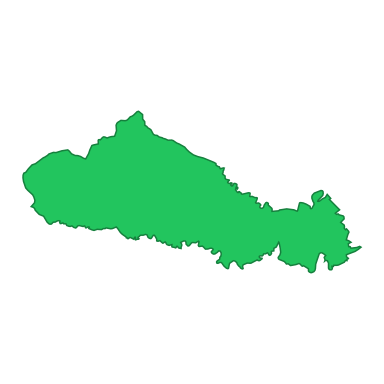 Phuc Yen, Vĩnh Phúc, Vietnam, rotated 270°
{"feature_id": "81297802B88984924666070", "entity_name": "Phuc Yen", "entity_type": "district", "adm_level": 2, "iso_a3": "VNM", "parent_name": "Vietnam", "parent_adm1": "Vĩnh Phúc", "projection": "robinson", "projection_center": [105.724, 21.314], "detail": "fine", "context": "isolated", "style": "filled", "palette": "green", "viewbox_px": 384, "rotation_deg": 270, "n_neighbors": 0, "source": "geoboundaries", "source_scale": "gbopen_adm2", "svg_char_len": 6079}
<svg xmlns="http://www.w3.org/2000/svg" viewBox="0 0 384 384"><g transform="rotate(270 192 192)"><path d="M123.0,324.8L123.6,325.5L123.3,327.3L120.9,328.5L115.9,328.5L114.9,328.9L114.2,329.9L114.2,331.3L114.5,331.9L115.6,332.3L117.7,332.0L117.5,333.4L118.7,333.7L118.7,336.9L119.0,338.5L121.8,344.3L123.5,345.5L123.4,347.0L124.7,346.8L125.2,348.1L125.6,348.4L127.2,346.5L129.3,346.4L132.6,355.1L134.8,358.5L136.8,361.0L137.6,359.7L136.5,356.8L135.8,351.0L137.3,350.2L137.4,348.7L140.3,348.3L141.7,351.0L143.1,349.0L144.2,346.3L149.6,347.9L151.7,348.9L152.6,348.7L155.1,346.5L154.3,345.5L155.9,344.2L157.1,344.5L158.9,344.2L161.6,340.7L165.1,344.1L167.2,343.9L168.1,343.1L169.2,339.0L170.1,338.1L169.6,336.6L170.8,335.3L174.2,339.6L184.5,329.4L185.6,330.7L189.6,327.2L186.5,325.3L185.2,322.5L182.8,319.4L182.6,318.2L182.7,317.8L183.7,318.1L188.5,322.7L190.4,323.2L192.5,323.0L193.2,322.4L193.5,321.0L190.9,314.3L188.7,312.3L187.4,311.9L185.8,311.9L182.6,313.0L181.2,313.9L179.4,314.0L175.7,311.9L175.4,311.4L175.4,310.6L175.8,310.3L177.6,310.1L179.8,306.3L181.0,303.3L181.4,300.8L181.3,299.9L180.9,299.5L173.3,297.6L172.8,297.1L174.2,293.8L175.1,286.7L174.0,279.5L173.2,278.7L172.6,272.0L175.0,272.1L175.7,271.8L178.7,268.5L179.1,268.2L180.7,268.3L181.6,266.8L181.2,265.8L178.9,264.2L176.6,263.5L175.7,262.2L175.8,260.9L176.2,260.2L176.8,259.8L177.8,259.9L179.0,260.8L179.8,260.3L181.0,258.7L180.8,256.3L181.3,255.6L185.2,257.2L186.1,257.2L186.4,256.5L186.4,254.9L187.6,252.2L187.4,250.1L187.6,249.7L190.4,250.1L190.8,250.1L191.1,249.6L191.2,248.3L189.8,242.4L190.0,241.5L190.8,241.4L191.5,240.1L192.3,239.6L192.3,238.8L191.5,238.2L191.6,237.5L194.2,235.5L195.6,236.0L194.9,237.2L196.0,237.9L196.7,237.6L196.7,237.3L196.3,236.8L196.3,236.0L198.2,236.8L199.6,236.9L200.4,235.7L200.6,234.2L199.6,233.1L198.3,232.8L198.0,231.9L198.5,231.0L199.3,230.8L200.4,231.9L200.9,231.9L201.2,231.0L200.5,229.3L201.4,227.7L202.0,227.7L203.7,229.3L204.0,229.2L204.6,226.1L205.7,225.1L208.0,225.1L209.7,222.8L210.3,222.5L211.1,223.0L213.2,223.2L214.2,223.9L215.1,223.8L215.9,224.2L216.1,223.5L215.3,220.3L217.2,219.3L217.6,217.8L218.8,216.1L220.5,215.9L221.7,213.8L226.0,203.3L227.4,197.8L229.1,193.4L232.0,189.3L234.5,186.7L236.9,184.7L240.0,179.2L241.0,176.7L243.4,173.2L243.9,171.7L243.8,168.0L245.0,165.5L245.7,163.0L246.3,162.1L247.0,159.2L248.6,157.1L248.8,155.0L249.4,153.8L250.1,153.1L254.1,151.0L255.3,149.5L255.9,148.2L257.7,146.6L258.6,144.9L262.4,144.7L264.8,142.7L269.4,142.6L272.7,138.6L272.3,137.1L268.8,133.5L267.8,132.0L267.2,130.3L264.4,127.7L263.6,126.5L263.3,125.1L263.6,120.9L261.5,117.6L260.7,116.9L258.8,116.1L253.2,116.5L247.7,114.6L247.4,111.4L246.9,109.4L246.0,107.1L247.0,104.8L247.1,103.5L246.5,102.5L244.2,100.4L244.4,99.1L244.2,98.5L243.7,98.2L240.1,98.3L239.0,93.3L238.5,91.9L233.9,89.8L230.3,88.6L225.1,85.7L225.7,83.6L227.5,80.6L228.4,77.8L228.5,75.1L230.2,71.5L232.8,69.4L234.1,67.8L233.2,61.9L231.4,56.0L231.6,53.4L230.0,48.9L228.6,47.5L226.7,44.5L226.3,43.4L220.3,35.5L219.1,32.0L215.2,28.4L211.7,25.8L210.8,23.8L208.8,23.1L206.2,23.0L202.7,23.5L196.1,25.7L193.8,27.7L189.2,32.7L186.9,33.9L183.7,34.9L181.2,34.5L177.4,31.2L176.6,33.5L175.3,34.7L173.8,35.2L169.6,39.2L167.8,43.6L161.9,47.1L160.2,48.9L159.8,50.0L160.0,51.5L161.8,53.2L161.9,55.2L163.2,57.6L163.3,59.2L162.9,60.0L161.6,59.7L160.5,60.2L160.4,60.9L161.1,62.9L160.2,63.7L160.2,65.9L158.5,66.8L157.7,69.0L157.6,70.4L158.1,71.9L156.6,73.8L156.0,75.7L156.6,76.6L157.9,77.5L158.3,78.4L158.4,79.5L157.5,83.1L158.1,84.4L157.8,84.9L156.2,85.6L156.2,86.4L156.9,87.6L157.0,89.0L156.8,89.3L155.5,88.8L154.2,91.8L153.6,94.0L154.7,97.2L154.4,101.6L155.4,103.2L155.4,105.1L156.1,106.1L155.2,110.7L155.4,112.3L157.0,116.3L155.5,117.7L151.5,120.4L149.7,122.3L147.1,126.0L146.1,126.4L146.1,127.3L145.3,127.9L145.4,128.4L146.4,129.6L146.5,130.4L144.7,133.9L146.4,134.5L146.9,135.1L146.7,135.4L145.1,135.3L144.2,135.7L144.7,137.2L144.8,138.6L145.2,139.0L146.2,138.0L146.7,138.0L147.6,139.3L148.6,140.1L148.8,140.9L148.8,143.2L149.6,145.7L149.0,147.1L146.9,147.9L146.2,148.6L145.6,149.7L145.4,150.8L146.0,151.5L148.7,153.3L148.8,154.2L147.8,155.1L144.9,156.7L143.2,156.7L142.9,157.0L142.8,158.2L143.3,159.9L140.9,162.6L140.9,163.2L142.1,165.1L141.5,165.8L140.3,166.2L139.3,167.1L138.6,169.1L139.4,171.9L137.7,171.8L137.0,172.1L136.6,174.5L136.1,175.4L136.3,176.0L137.6,176.6L137.7,177.1L137.6,177.5L136.5,178.2L135.9,179.0L135.5,181.1L136.6,181.1L138.7,181.8L139.8,181.7L141.6,180.7L143.1,183.8L142.9,185.4L142.0,185.9L139.8,186.1L138.0,187.9L138.0,188.3L138.4,189.3L141.2,191.6L141.5,192.8L141.2,195.7L142.8,198.5L142.3,199.0L138.6,198.3L137.7,198.8L137.5,199.2L137.9,202.3L137.0,203.5L134.9,205.4L135.0,207.9L135.8,210.2L135.8,211.6L135.2,212.8L134.5,213.2L134.1,213.0L132.4,211.4L132.0,211.3L130.9,211.9L130.2,212.9L129.9,213.8L130.1,215.0L131.8,217.5L133.1,218.7L132.9,220.1L131.3,221.1L129.5,221.2L127.8,220.8L126.8,219.9L124.7,219.6L123.0,217.1L122.2,216.6L121.2,216.7L120.8,217.0L120.7,217.9L121.6,220.0L121.4,221.5L117.8,224.1L115.8,226.4L115.3,227.9L115.7,228.5L120.2,229.4L121.1,230.1L123.3,233.4L123.1,234.7L121.5,236.7L119.7,237.4L118.0,238.7L116.9,240.1L116.0,240.5L115.1,242.1L115.1,242.6L115.4,243.1L117.6,242.6L118.4,242.8L119.0,243.0L119.4,243.6L120.9,247.1L120.8,250.9L124.1,257.2L123.4,258.2L123.3,259.2L123.6,260.0L125.3,262.1L125.7,262.1L126.0,260.3L126.4,259.5L127.2,259.2L127.8,259.4L128.1,260.1L128.1,262.3L128.7,263.0L130.1,263.6L130.2,265.6L131.2,267.4L130.6,268.1L129.2,268.8L128.7,269.6L129.0,270.5L130.4,271.5L132.5,271.3L132.8,271.8L133.1,273.8L135.7,273.9L137.0,276.3L141.9,278.7L141.3,279.1L135.9,280.2L131.7,280.7L129.2,280.0L126.6,278.2L125.3,278.4L124.6,279.1L122.6,284.1L121.5,285.3L120.0,286.4L120.2,288.3L118.5,290.4L118.5,290.8L119.4,295.8L120.4,298.7L120.3,299.7L118.0,301.9L117.8,302.7L118.3,303.5L115.3,308.4L112.9,308.5L112.0,309.3L111.3,310.9L111.4,311.8L112.3,313.8L113.6,314.9L115.4,315.4L119.8,315.7L122.6,316.6L130.2,319.2L131.2,320.5L131.2,321.9L130.2,323.6L128.5,325.7L126.6,324.2L124.0,325.1L123.0,324.8Z" fill="#22c55e" stroke="#15803d" stroke-width="1.5"/></g></svg>